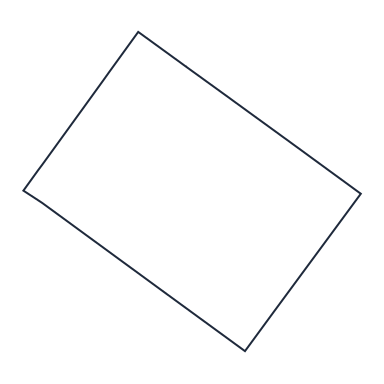 outline of Minnehaha, South Dakota, United States of America, rotated 216°
{"feature_id": "52423323B45663566058886", "entity_name": "Minnehaha", "entity_type": "district", "adm_level": 2, "iso_a3": "USA", "parent_name": "United States of America", "parent_adm1": "South Dakota", "projection": "orthographic", "projection_center": [-96.654, 43.675], "detail": "fine", "context": "isolated", "style": "outline", "palette": "slate", "viewbox_px": 384, "rotation_deg": 216, "n_neighbors": 0, "source": "geoboundaries", "source_scale": "gbopen_adm2", "svg_char_len": 470}
<svg xmlns="http://www.w3.org/2000/svg" viewBox="0 0 384 384"><g transform="rotate(216 192 192)"><path d="M329.2,94.0L307.0,95.1L152.9,94.6L55.6,94.4L55.4,143.1L54.4,289.8L137.7,290.0L151.8,290.0L192.2,290.0L193.3,290.0L209.6,290.0L226.1,290.0L269.3,289.9L270.3,290.0L270.3,289.9L273.5,289.9L329.6,289.9L329.5,241.3L329.5,240.6L329.4,229.8L329.4,228.4L329.3,191.9L329.3,183.7L329.2,126.6L329.3,118.9L329.2,94.0Z" fill="none" stroke="#1e293b" stroke-width="2"/></g></svg>